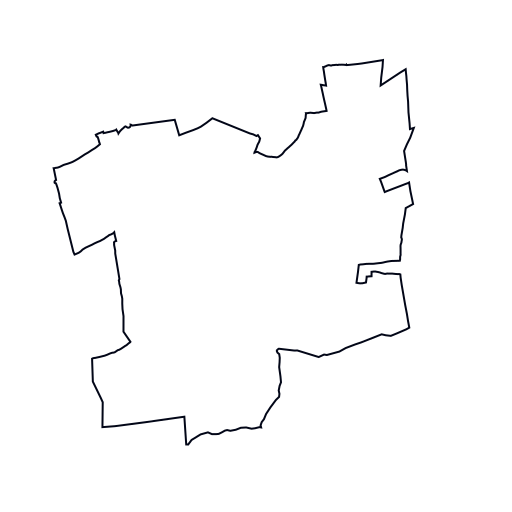 the district of Plesoi, Dolj, Romania, rotated 346°
{"feature_id": "2599482B69646126792007", "entity_name": "Plesoi", "entity_type": "district", "adm_level": 2, "iso_a3": "ROU", "parent_name": "Romania", "parent_adm1": "Dolj", "projection": "orthographic", "projection_center": [23.536, 44.344], "detail": "fine", "context": "isolated", "style": "outline", "palette": "ink", "viewbox_px": 512, "rotation_deg": 346, "n_neighbors": 0, "source": "geoboundaries", "source_scale": "gbopen_adm2", "svg_char_len": 6026}
<svg xmlns="http://www.w3.org/2000/svg" viewBox="0 0 512 512"><g transform="rotate(346 256 256)"><path d="M387.4,362.6L387.8,355.8L388.4,348.9L388.9,339.6L390.4,319.1L391.1,311.9L391.6,308.8L390.7,308.2L389.3,307.9L386.8,307.1L384.1,306.1L382.9,305.8L380.9,305.3L379.2,304.8L378.4,304.7L377.4,304.7L376.9,304.6L376.1,304.3L373.4,302.8L372.3,302.0L370.6,301.1L369.0,300.4L368.0,299.9L366.8,299.6L365.8,299.5L364.3,299.3L363.2,303.6L360.5,303.1L358.7,302.9L358.4,302.8L357.8,304.6L357.1,306.3L356.3,308.3L352.7,308.2L350.3,307.7L348.3,306.9L347.0,306.3L351.0,296.4L353.6,289.5L355.3,289.5L357.5,289.9L361.5,290.4L368.3,292.0L370.8,292.3L373.1,292.6L376.0,293.0L377.7,293.1L380.0,293.1L382.3,293.2L386.2,293.6L390.3,294.5L394.4,295.4L394.6,295.0L395.0,294.2L395.5,292.2L395.8,291.3L396.4,290.3L396.6,289.9L396.8,288.8L397.5,286.1L398.2,283.2L398.6,281.4L399.0,280.2L399.5,279.4L400.3,278.2L400.7,277.2L401.2,276.1L401.6,275.1L401.6,274.0L401.4,273.1L402.1,271.1L405.1,264.3L406.7,260.0L410.5,251.8L412.9,245.7L421.0,243.6L421.5,230.5L422.0,224.9L422.3,221.7L421.3,222.0L418.5,222.3L412.9,223.0L406.2,223.8L398.1,224.8L396.4,225.1L396.3,224.6L396.1,222.5L395.7,218.4L395.3,214.4L394.9,211.7L394.8,211.1L399.5,210.6L400.8,210.4L404.0,209.7L414.4,207.8L415.7,207.5L417.9,207.5L419.4,207.7L420.6,208.2L422.3,209.3L423.0,210.1L423.6,204.1L423.8,203.6L424.1,201.1L424.5,196.5L425.1,189.9L429.5,184.1L434.2,178.6L437.8,173.3L440.1,169.9L436.1,170.1L437.1,164.5L438.7,153.5L440.9,143.1L441.8,137.3L442.9,131.5L444.0,126.3L444.8,121.2L445.4,117.9L445.9,114.1L446.4,111.0L440.3,112.9L418.2,120.7L420.7,113.1L424.5,103.2L426.6,96.6L426.3,96.6L405.3,94.8L401.1,94.3L392.7,93.1L390.2,92.7L390.0,92.2L389.9,92.3L389.6,92.3L389.1,92.3L388.6,92.1L388.2,91.9L385.5,91.1L384.4,90.9L383.8,90.7L382.9,90.5L382.3,90.4L381.9,90.5L381.4,90.4L380.5,90.0L379.4,89.8L377.8,89.6L376.4,89.3L374.9,89.4L373.9,88.9L372.9,88.4L371.8,88.4L370.8,88.5L369.8,88.7L369.3,88.9L368.3,88.9L367.8,89.1L367.4,89.1L366.9,89.0L366.9,89.3L366.7,90.6L366.5,93.5L366.2,96.3L365.7,102.0L365.5,104.8L365.2,107.6L364.8,107.4L363.2,106.8L361.3,105.9L360.3,105.5L360.3,107.4L360.2,110.7L360.1,114.5L360.0,117.0L359.9,120.9L359.8,126.2L359.7,129.9L359.6,132.3L359.4,132.3L357.5,132.1L355.5,131.9L354.0,131.8L352.5,131.9L351.4,132.0L350.3,131.7L349.1,131.5L348.4,131.5L347.0,131.4L346.1,131.1L345.3,130.8L343.4,130.1L342.5,130.0L341.6,129.9L340.7,129.9L339.9,129.7L339.0,129.5L339.0,130.1L338.6,130.8L337.5,134.1L336.5,135.5L334.9,137.6L334.3,139.0L333.1,141.2L331.9,142.7L330.4,144.7L329.5,145.8L327.7,148.1L327.2,148.7L326.8,149.1L326.2,150.0L325.8,150.6L324.9,151.6L324.4,152.1L324.0,152.3L323.8,152.5L323.3,153.0L322.8,153.2L322.4,153.4L322.1,153.4L321.1,154.4L320.3,154.8L318.1,156.2L317.1,156.8L315.7,157.5L314.1,158.4L312.8,159.0L311.2,159.9L309.8,160.6L309.1,161.1L308.4,161.7L307.5,162.4L306.5,163.2L305.6,163.7L304.5,164.2L303.2,164.7L302.0,165.1L301.2,165.3L300.2,165.3L299.5,165.2L299.0,164.9L296.3,164.0L295.0,163.4L294.1,163.3L291.6,162.4L289.9,161.5L287.3,159.4L286.0,158.4L284.6,157.3L283.7,156.4L283.1,155.7L282.7,155.4L281.8,155.2L280.9,155.2L280.1,155.3L279.5,155.4L279.7,154.9L280.2,154.5L281.8,152.4L283.0,150.7L284.3,148.6L285.5,147.2L286.3,146.4L286.8,145.8L287.6,144.4L288.0,143.6L288.4,143.0L288.4,142.9L287.1,139.2L285.5,139.7L282.7,137.3L279.7,135.6L247.0,111.8L240.1,114.8L233.7,117.2L230.1,118.0L227.8,118.3L225.8,118.6L217.9,119.4L210.7,120.3L210.1,104.2L167.6,99.5L166.5,98.4L166.1,98.2L166.0,99.2L164.9,100.3L163.7,100.7L162.5,100.4L160.8,98.7L159.9,98.8L158.4,99.7L156.7,100.5L154.7,101.7L153.4,102.7L152.2,103.8L152.2,103.6L151.0,99.7L150.9,99.8L150.0,99.9L147.3,100.1L143.7,100.1L141.8,100.0L140.9,100.0L139.5,100.0L138.5,99.9L137.8,99.9L137.8,98.4L134.0,98.9L133.3,98.9L129.9,99.6L130.1,101.0L130.3,101.6L130.7,101.7L131.0,101.9L131.2,102.5L131.3,103.6L131.4,106.0L131.4,107.9L131.5,108.1L131.6,109.8L128.5,111.3L125.9,112.4L122.6,113.4L118.1,115.0L114.5,116.0L111.4,117.1L107.4,118.5L103.6,119.6L100.8,120.3L98.7,120.6L95.5,120.9L92.8,121.0L91.3,121.1L89.1,121.6L87.2,122.0L85.6,122.2L84.4,122.2L82.9,122.0L81.5,122.0L80.9,121.9L80.9,122.3L80.4,133.9L79.5,134.2L78.7,134.8L78.4,135.6L78.3,136.1L78.7,136.7L79.4,137.0L79.6,138.0L79.9,141.8L80.0,147.8L79.6,152.5L79.8,157.1L79.3,157.2L78.2,157.3L78.3,158.0L78.7,164.0L79.0,167.6L79.6,172.1L80.0,175.8L79.8,184.0L79.8,192.1L79.8,207.7L80.3,210.7L84.7,210.0L87.1,209.1L89.3,207.8L92.7,206.7L95.8,206.1L99.6,205.4L102.3,204.7L105.5,204.1L108.4,203.7L110.2,203.2L112.6,202.6L115.0,201.6L117.3,200.8L118.8,200.1L120.0,200.1L122.7,199.5L124.2,198.6L124.0,201.8L124.0,205.1L124.0,207.6L122.9,207.7L122.3,207.8L121.8,208.1L121.5,208.5L121.4,209.0L121.3,209.9L121.3,210.1L121.0,210.7L120.8,214.8L120.7,216.7L120.0,219.6L119.4,227.1L118.5,238.3L117.9,245.4L117.0,246.4L117.0,247.7L116.7,250.0L116.9,253.6L116.8,255.8L116.4,257.6L116.2,258.6L116.0,259.6L116.1,262.5L115.9,265.2L114.7,269.9L113.6,275.4L112.9,282.3L109.1,297.4L113.4,308.9L113.1,309.2L111.1,310.0L108.8,311.2L107.0,311.7L106.3,312.0L102.4,313.4L100.5,313.9L99.4,313.9L98.9,314.0L95.8,315.2L94.6,315.3L93.3,315.1L92.4,315.1L90.5,315.3L87.8,315.8L85.1,316.1L82.2,316.1L79.5,316.1L76.9,316.0L75.6,316.0L74.2,315.8L72.9,315.8L72.1,316.0L67.3,338.4L71.1,356.4L71.9,360.8L65.6,384.9L78.0,387.0L108.3,390.5L134.2,393.2L147.6,394.6L142.7,422.0L144.6,422.5L149.0,418.9L159.1,415.7L166.7,415.5L170.2,418.2L174.2,419.2L176.8,419.6L180.4,418.8L183.6,417.9L185.9,417.9L188.8,419.4L194.4,419.7L199.7,419.0L205.0,420.0L209.9,422.5L213.3,422.9L217.9,422.9L219.5,423.6L219.5,421.4L221.4,418.5L224.2,416.3L227.6,411.7L233.3,406.4L240.5,400.5L244.3,398.3L245.4,395.4L245.5,392.0L247.5,387.7L249.7,384.6L250.6,378.7L251.6,369.4L253.2,364.7L254.4,360.6L254.8,356.8L253.5,355.0L253.2,353.5L253.4,352.6L255.0,351.7L255.7,351.5L270.0,356.9L273.3,357.7L292.4,369.2L298.2,368.1L300.8,369.2L313.8,368.9L320.8,367.0L330.8,365.8L337.0,365.3L359.0,362.4L362.7,364.3L367.5,366.1L373.8,365.2L384.1,363.5L387.4,362.6Z" fill="none" stroke="#020617" stroke-width="2"/></g></svg>